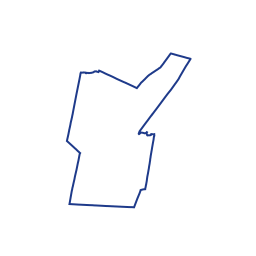 outline of Salciile, Prahova, Romania, rotated 330°
{"feature_id": "2599482B44687697697875", "entity_name": "Salciile", "entity_type": "district", "adm_level": 2, "iso_a3": "ROU", "parent_name": "Romania", "parent_adm1": "Prahova", "projection": "equal_earth", "projection_center": [26.525, 44.832], "detail": "fine", "context": "isolated", "style": "outline", "palette": "blue", "viewbox_px": 256, "rotation_deg": 330, "n_neighbors": 0, "source": "geoboundaries", "source_scale": "gbopen_adm2", "svg_char_len": 4590}
<svg xmlns="http://www.w3.org/2000/svg" viewBox="0 0 256 256"><g transform="rotate(330 128 128)"><path d="M93.6,199.7L94.7,198.8L100.7,193.9L105.4,190.3L107.4,188.6L107.8,188.1L108.0,188.1L108.3,188.1L108.8,188.3L109.3,188.4L109.8,188.6L110.3,188.7L110.7,188.8L111.4,189.2L112.1,189.5L112.3,189.6L112.8,188.9L113.7,188.0L115.1,186.3L115.3,186.2L115.6,185.8L116.7,184.5L117.8,183.2L118.4,182.4L119.0,181.6L120.4,179.8L122.6,177.3L124.5,175.0L125.7,173.6L126.7,172.3L127.2,171.7L128.8,169.8L130.3,167.9L130.9,167.2L131.3,166.6L131.8,165.9L132.5,165.1L133.8,163.4L134.5,162.6L135.2,161.7L136.0,160.8L136.2,160.5L136.9,159.7L137.9,158.5L139.2,156.9L142.3,153.2L144.2,151.0L145.4,149.4L146.2,148.4L146.3,148.4L146.5,148.1L146.9,147.9L147.2,147.3L147.6,146.5L147.2,146.4L146.9,146.2L145.1,144.9L144.9,144.9L144.8,145.1L144.6,145.4L144.4,145.5L143.8,145.4L143.3,145.3L142.9,145.0L142.2,144.6L141.3,144.3L141.1,144.1L141.0,143.9L141.1,143.6L141.2,143.1L141.3,142.2L141.5,141.7L141.9,141.4L142.3,141.2L142.2,141.0L141.9,141.1L141.7,141.2L141.3,141.3L141.1,141.3L140.9,141.3L140.5,141.2L139.9,141.0L139.5,140.7L139.2,140.3L138.7,139.8L138.0,139.2L137.1,138.5L137.0,138.4L136.8,138.4L136.0,138.6L134.9,138.8L134.5,138.8L134.4,138.5L134.5,138.2L135.0,137.8L136.2,136.8L136.3,136.7L137.6,136.1L138.8,135.6L139.5,135.3L142.9,133.8L144.3,133.2L147.1,132.0L148.6,131.4L151.3,130.2L155.5,128.4L155.5,128.5L159.2,126.9L161.4,126.0L164.2,124.8L176.2,119.6L178.8,118.5L180.8,117.7L184.2,116.4L187.5,114.9L189.9,113.8L191.2,113.2L191.5,113.1L192.4,112.7L193.9,112.0L195.4,111.3L196.8,110.6L197.0,110.4L197.7,110.0L198.8,109.3L207.5,104.3L209.1,103.4L209.9,103.0L210.3,102.8L211.5,102.2L216.6,99.5L216.7,99.3L216.6,99.2L216.2,98.8L215.5,98.1L213.8,96.5L212.2,94.8L210.5,93.1L208.9,91.5L207.6,90.2L206.5,89.1L205.8,88.3L205.2,87.8L205.1,87.6L204.9,87.4L204.7,87.2L203.9,86.4L203.3,85.8L202.4,84.9L201.6,85.1L199.2,86.2L197.6,86.9L196.7,87.3L196.3,87.5L195.1,88.0L194.2,88.4L193.5,88.7L192.9,89.0L192.0,89.3L191.4,89.7L188.9,90.7L188.3,91.0L187.9,91.1L187.7,91.1L187.2,91.4L186.8,91.6L186.5,91.7L186.2,91.8L185.8,91.8L185.4,91.8L185.1,91.8L184.5,91.8L184.3,91.9L183.7,92.0L183.3,92.0L183.0,92.0L182.6,92.0L182.3,92.1L182.1,92.1L181.7,92.1L181.3,92.1L181.1,92.1L180.7,92.1L180.3,92.2L180.0,92.2L179.6,92.2L179.2,92.2L178.9,92.3L178.6,92.3L178.3,92.3L178.0,92.3L177.8,92.3L177.5,92.3L177.2,92.4L176.8,92.4L176.5,92.4L176.2,92.4L175.9,92.4L175.3,92.5L174.9,92.6L174.5,92.6L174.3,92.6L174.1,92.6L173.9,92.6L173.7,92.6L173.4,92.6L173.2,92.6L172.7,92.7L172.1,92.8L171.9,92.9L171.5,92.9L170.9,93.0L170.7,93.1L170.4,93.2L169.9,93.3L169.6,93.4L168.1,93.8L167.7,93.9L166.9,94.2L166.2,94.3L165.6,94.5L165.0,94.6L164.7,94.7L163.6,95.0L162.4,95.2L161.7,95.4L161.1,95.7L160.6,95.9L159.4,96.4L157.8,97.0L157.0,97.3L156.3,97.6L155.9,97.8L155.6,97.9L155.4,97.6L152.9,93.9L151.4,91.8L150.3,90.2L149.5,89.1L148.9,88.2L148.7,88.0L148.7,87.9L148.4,87.5L147.3,86.1L145.3,83.3L143.8,81.2L142.6,79.5L141.7,78.1L140.3,76.0L138.6,73.6L137.4,72.0L137.3,71.9L135.4,69.2L134.3,67.5L132.6,65.1L131.7,63.9L130.4,64.8L129.5,63.9L128.6,63.0L128.6,62.9L128.1,62.7L127.7,62.5L127.3,62.3L127.1,62.3L126.9,62.3L126.6,62.4L126.2,62.4L125.9,62.4L125.6,62.4L125.2,62.3L125.0,62.2L124.7,62.1L124.2,62.0L123.8,61.9L123.4,61.7L123.0,61.5L122.6,61.3L122.3,61.2L122.0,61.1L121.8,61.0L121.7,60.9L121.4,60.8L121.3,60.7L121.2,60.6L121.1,60.4L120.9,60.3L120.8,60.2L120.6,60.1L120.4,60.0L120.2,59.9L119.9,59.8L119.7,59.8L119.5,59.7L119.3,59.7L119.2,59.6L118.9,59.4L118.9,59.2L119.0,59.2L119.1,58.9L118.8,58.7L118.6,58.6L118.3,58.4L118.1,58.2L117.9,58.1L117.7,58.0L117.5,57.8L117.4,57.8L117.3,57.7L117.2,57.7L116.7,57.5L116.4,57.3L116.0,57.1L115.8,57.0L115.7,57.0L115.6,56.9L115.3,56.7L115.2,56.6L114.9,56.4L114.3,56.9L114.1,57.1L113.7,57.5L113.3,58.1L110.1,61.8L100.3,72.9L88.0,87.1L87.5,87.7L87.1,88.2L86.7,88.6L85.8,89.6L84.6,91.0L83.8,91.8L83.2,92.5L82.7,93.0L81.2,94.6L80.6,95.3L79.6,96.5L78.6,97.6L78.0,98.3L77.5,98.8L76.8,99.6L76.1,100.3L75.6,101.0L75.2,101.4L73.1,103.8L70.8,106.3L69.5,107.7L68.6,108.7L70.5,114.6L71.6,118.1L71.9,119.2L72.1,119.6L72.5,120.9L72.8,122.1L73.2,123.4L73.5,124.2L73.8,125.3L74.0,125.8L73.2,126.3L72.7,126.9L71.9,127.8L68.9,131.3L67.8,132.5L67.3,133.0L62.2,138.8L61.6,139.4L59.1,142.1L57.6,143.7L56.5,145.0L55.8,145.8L54.1,147.6L51.9,150.0L51.1,150.9L49.8,152.2L49.0,153.2L48.2,154.0L47.5,154.8L39.3,164.6L43.4,167.3L46.4,169.3L50.6,172.0L55.7,175.3L58.1,176.8L58.9,177.3L59.4,177.7L61.9,179.3L63.6,180.4L70.3,184.8L71.6,185.6L89.5,197.1L92.0,198.6L92.4,198.9L93.6,199.7Z" fill="none" stroke="#1e3a8a" stroke-width="2"/></g></svg>